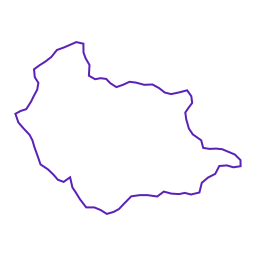 outline of Cachoeira da Prata, Minas Gerais, Brazil
{"feature_id": "56859067B45103194459434", "entity_name": "Cachoeira da Prata", "entity_type": "district", "adm_level": 2, "iso_a3": "BRA", "parent_name": "Brazil", "parent_adm1": "Minas Gerais", "projection": "orthographic", "projection_center": [-44.468, -19.513], "detail": "fine", "context": "isolated", "style": "outline", "palette": "violet", "viewbox_px": 256, "rotation_deg": 0, "n_neighbors": 0, "source": "geoboundaries", "source_scale": "gbopen_adm2", "svg_char_len": 1147}
<svg xmlns="http://www.w3.org/2000/svg" viewBox="0 0 256 256"><path d="M163.8,191.6L171.3,193.6L179.1,194.1L184.8,192.9L191.0,194.5L199.4,192.5L201.8,182.8L208.1,177.5L215.2,173.9L219.3,166.0L226.8,165.4L233.4,167.3L240.6,166.2L240.5,160.1L234.8,154.5L227.4,151.4L222.1,149.2L216.1,148.6L209.6,148.9L203.2,147.9L201.2,140.3L192.8,134.4L188.9,128.6L186.2,119.1L185.3,112.5L188.6,107.7L192.2,102.9L191.3,96.2L187.1,90.3L179.1,92.4L171.1,94.1L164.7,92.5L159.1,88.1L152.5,84.5L144.2,84.8L136.0,82.6L129.5,81.8L123.0,84.8L116.4,87.1L110.3,83.2L106.2,78.9L100.5,78.2L95.1,79.2L88.9,75.7L89.5,65.0L85.6,58.3L83.5,52.5L83.4,43.7L76.3,42.1L71.0,44.4L64.1,47.4L56.9,50.0L51.3,57.0L45.3,61.6L39.6,65.2L34.0,69.3L34.8,77.2L38.4,82.9L37.2,89.7L34.0,95.6L31.0,101.7L26.2,109.2L20.8,110.9L15.4,113.8L18.4,122.5L23.7,128.6L29.7,135.0L32.4,140.3L34.5,147.3L37.8,156.5L40.5,164.4L48.0,169.4L53.7,174.9L57.8,179.7L63.6,181.9L70.1,177.3L72.4,187.4L75.8,192.5L80.0,199.3L86.2,207.4L94.3,207.4L100.6,210.0L106.8,213.9L113.7,211.9L119.0,209.0L124.1,203.6L131.3,196.3L140.0,195.1L147.4,195.1L157.2,196.5L163.8,191.6Z" fill="none" stroke="#5b21b6" stroke-width="2"/></svg>